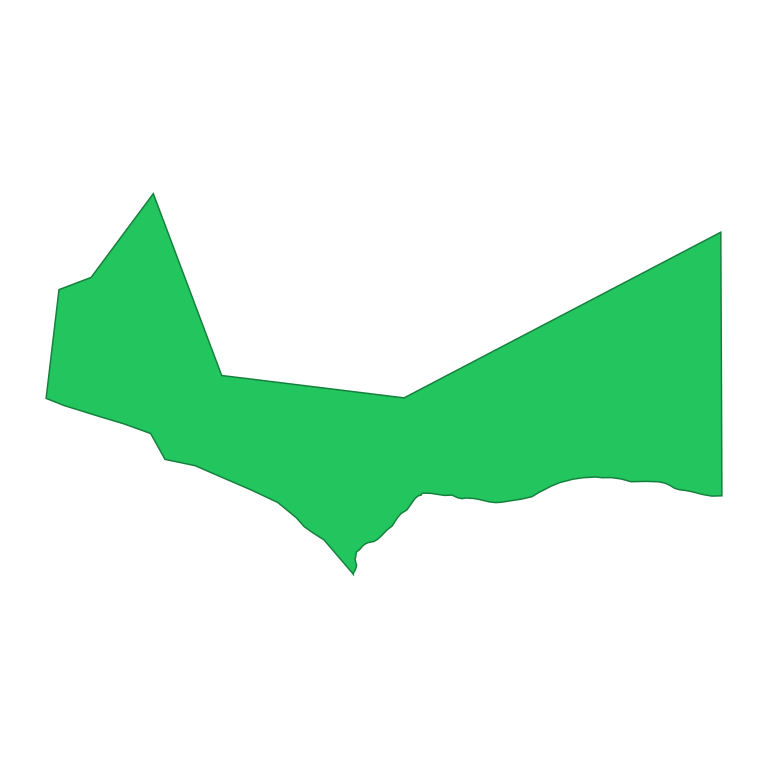 outline of Wadi Hawar, Ennedi, Chad
{"feature_id": "50815135B62585523695590", "entity_name": "Wadi Hawar", "entity_type": "district", "adm_level": 2, "iso_a3": "TCD", "parent_name": "Chad", "parent_adm1": "Ennedi", "projection": "albers", "projection_center": [23.147, 16.028], "detail": "fine", "context": "isolated", "style": "filled", "palette": "green", "viewbox_px": 768, "rotation_deg": 0, "n_neighbors": 0, "source": "geoboundaries", "source_scale": "gbopen_adm2", "svg_char_len": 1865}
<svg xmlns="http://www.w3.org/2000/svg" viewBox="0 0 768 768"><path d="M353.4,574.3L353.4,573.1L355.4,569.6L355.5,569.4L356.5,565.8L356.7,565.0L356.0,563.7L355.8,562.7L355.4,560.8L355.2,559.3L355.0,558.2L355.5,557.7L355.7,557.2L356.3,552.1L356.5,551.9L359.8,549.4L362.4,546.2L363.1,545.6L364.5,544.4L367.6,542.8L369.9,542.3L370.4,542.2L372.2,541.8L373.8,541.5L376.9,539.7L377.0,539.7L380.2,537.0L387.3,529.7L388.6,528.7L392.1,526.0L397.4,517.8L401.2,513.4L405.2,511.0L405.3,510.9L405.9,510.5L407.0,509.8L407.1,509.7L410.6,504.7L411.9,502.9L412.2,502.4L414.7,498.9L414.9,498.6L416.7,497.1L418.2,495.8L421.1,495.1L421.2,494.2L423.0,493.3L423.2,493.2L423.4,493.1L429.0,493.3L431.3,493.4L434.3,493.9L444.3,495.4L444.9,495.4L452.0,495.1L455.0,496.5L456.1,497.0L457.5,497.7L461.2,498.5L461.9,498.7L462.2,498.6L466.1,498.0L466.4,498.0L473.7,498.5L476.7,499.0L477.3,499.1L477.9,499.2L479.9,499.6L486.6,501.2L488.8,501.8L491.3,502.1L492.7,502.3L493.8,502.4L495.6,502.6L499.2,502.4L500.7,502.3L503.1,502.0L506.0,501.5L520.3,499.3L521.0,499.2L531.9,496.7L532.2,496.6L532.6,496.3L538.8,492.5L550.7,486.4L551.5,486.0L559.8,482.6L572.9,479.2L582.1,477.8L595.2,477.0L602.2,477.7L610.9,477.6L615.9,478.2L621.9,479.1L622.1,479.2L627.1,480.6L627.4,480.7L627.7,480.8L630.0,481.4L630.9,481.7L632.2,481.7L646.3,481.4L653.2,481.6L657.6,481.8L659.7,482.0L665.2,483.2L667.0,484.0L669.8,485.3L674.9,488.4L679.7,489.8L685.1,490.4L691.6,491.6L692.3,491.8L702.7,494.5L703.8,494.7L711.9,496.1L721.9,495.8L721.5,393.5L720.8,232.2L404.0,397.9L221.7,375.5L153.3,193.7L91.1,277.4L59.0,289.6L46.1,398.4L63.8,405.4L64.8,405.8L65.5,406.0L93.2,414.6L102.6,417.5L123.7,423.8L150.6,433.5L152.4,436.7L165.0,459.4L195.1,465.7L213.3,473.6L251.5,490.1L277.8,502.5L296.6,518.0L304.0,526.5L313.3,533.1L324.0,539.9L341.8,560.7L352.7,573.4L353.4,574.3Z" fill="#22c55e" stroke="#15803d" stroke-width="1.5"/></svg>